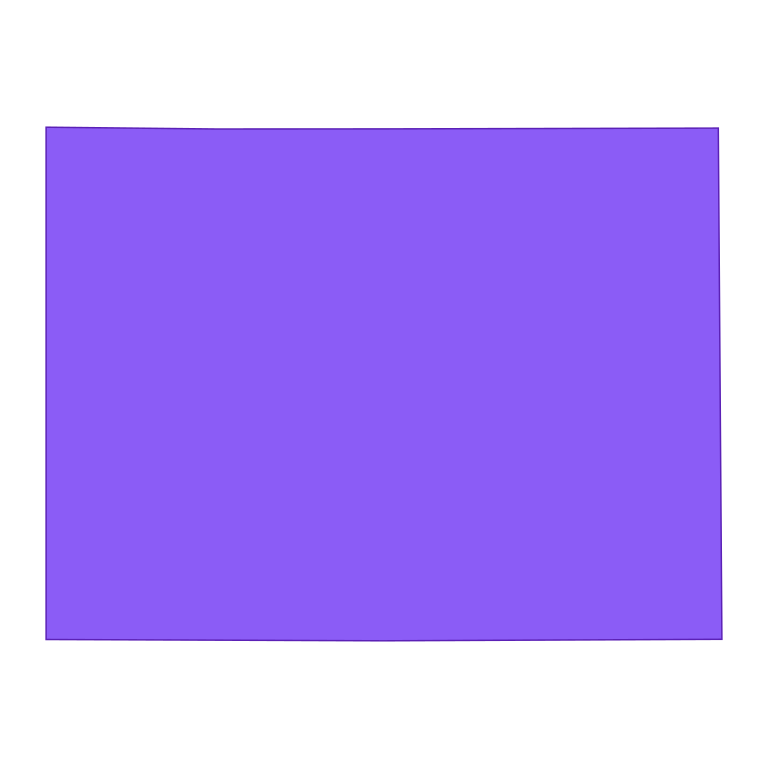 the district of Lucas, Iowa, United States of America
{"feature_id": "52423323B52818697562643", "entity_name": "Lucas", "entity_type": "district", "adm_level": 2, "iso_a3": "USA", "parent_name": "United States of America", "parent_adm1": "Iowa", "projection": "albers", "projection_center": [-93.313, 41.03], "detail": "fine", "context": "isolated", "style": "filled", "palette": "violet", "viewbox_px": 768, "rotation_deg": 0, "n_neighbors": 0, "source": "geoboundaries", "source_scale": "gbopen_adm2", "svg_char_len": 226}
<svg xmlns="http://www.w3.org/2000/svg" viewBox="0 0 768 768"><path d="M721.9,639.3L718.3,128.1L382.9,128.9L215.9,129.0L46.1,127.2L46.1,639.5L383.5,640.8L721.9,639.3Z" fill="#8b5cf6" stroke="#5b21b6" stroke-width="1.5"/></svg>